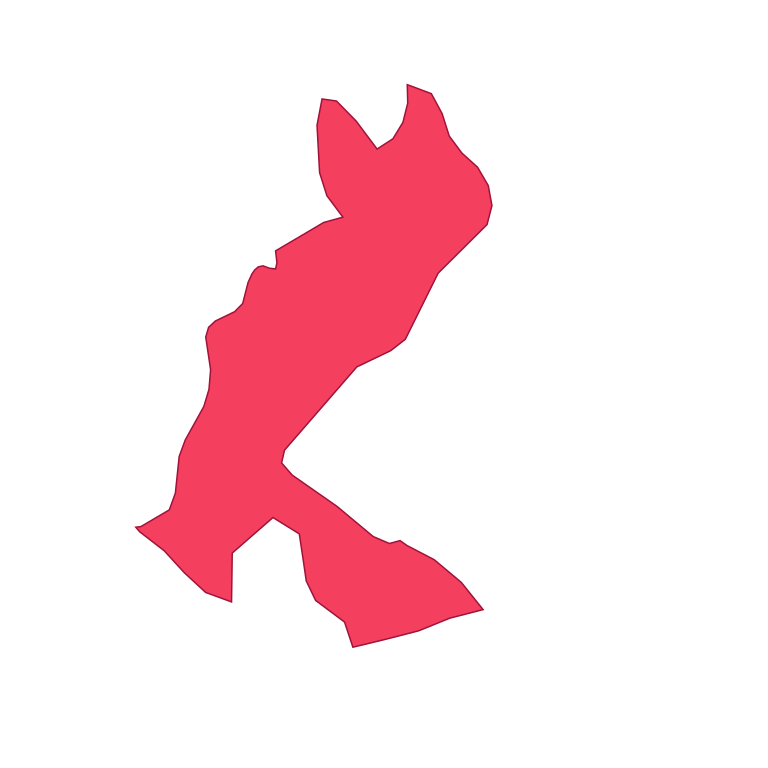 the Province of Samaná, rotated 302°
{"feature_id": "DOM-1983", "entity_name": "Samaná", "entity_type": "Province", "adm_level": 1, "iso_a3": "DOM", "parent_name": "Dominican Republic", "parent_adm1": "", "projection": "equal_earth", "projection_center": [-69.507, 19.186], "detail": "fine", "context": "isolated", "style": "filled", "palette": "rose", "viewbox_px": 768, "rotation_deg": 302, "n_neighbors": 0, "source": "natural_earth", "source_scale": "10m", "svg_char_len": 1083}
<svg xmlns="http://www.w3.org/2000/svg" viewBox="0 0 768 768"><g transform="rotate(302 384 384)"><path d="M131.0,249.4L134.3,253.4L163.5,268.6L180.9,264.9L214.0,248.7L231.2,245.1L269.6,243.1L286.7,238.4L304.2,229.4L329.4,207.9L339.2,205.2L348.1,207.6L366.2,219.0L377.4,221.5L398.1,214.9L407.1,213.7L412.1,213.9L416.7,215.3L420.1,218.8L421.5,225.5L424.2,231.1L430.1,228.9L439.5,221.5L489.1,247.3L503.7,260.7L513.4,235.8L529.1,217.4L567.9,190.1L592.9,180.4L598.8,193.7L592.2,221.1L579.6,253.6L596.7,261.6L615.9,261.4L634.7,255.3L650.2,245.1L655.3,270.3L644.1,290.0L628.8,308.0L621.1,327.7L617.4,348.5L607.5,367.3L592.5,381.0L573.8,386.9L506.7,371.2L433.2,378.4L415.8,372.0L384.1,351.9L275.1,334.7L262.8,339.0L258.1,354.4L255.3,409.0L248.9,455.7L251.6,473.1L259.7,480.6L259.2,489.1L261.6,519.7L256.7,554.7L245.2,587.6L220.3,563.9L193.2,544.3L168.6,520.9L144.3,497.1L161.2,476.7L164.2,440.7L175.8,422.4L189.3,411.0L212.0,391.6L211.9,360.6L160.2,344.9L118.4,370.2L112.7,343.2L118.1,314.8L126.1,286.0L129.2,255.2L131.0,249.4Z" fill="#f43f5e" stroke="#9f1239" stroke-width="1.5"/></g></svg>